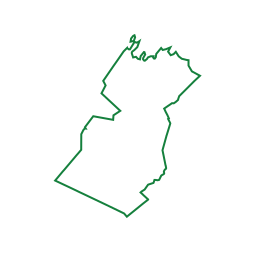 the district of Bristol, Massachusetts, United States of America, rotated 231°
{"feature_id": "52423323B2218191316201", "entity_name": "Bristol", "entity_type": "district", "adm_level": 2, "iso_a3": "USA", "parent_name": "United States of America", "parent_adm1": "Massachusetts", "projection": "robinson", "projection_center": [-71.113, 41.795], "detail": "fine", "context": "isolated", "style": "outline", "palette": "green", "viewbox_px": 256, "rotation_deg": 231, "n_neighbors": 0, "source": "geoboundaries", "source_scale": "gbopen_adm2", "svg_char_len": 2126}
<svg xmlns="http://www.w3.org/2000/svg" viewBox="0 0 256 256"><g transform="rotate(231 128 128)"><path d="M97.9,153.3L103.6,161.8L105.0,163.8L105.3,163.9L106.1,164.1L108.5,164.6L109.8,164.9L109.7,165.8L113.1,166.7L115.1,167.1L117.1,167.5L119.7,168.2L119.8,168.2L120.3,168.3L120.3,168.7L119.9,173.9L119.8,174.6L119.6,177.7L119.6,177.8L118.4,179.1L118.2,181.4L118.3,184.0L118.4,184.7L119.1,185.5L120.6,188.0L120.6,188.5L122.8,209.5L123.3,216.8L131.8,213.3L138.4,214.3L142.6,217.7L144.0,216.4L146.9,214.2L147.9,213.4L151.8,212.5L157.1,213.1L156.7,209.9L157.7,207.0L162.1,207.2L164.0,211.6L165.3,207.2L166.8,204.1L169.3,204.1L167.8,196.6L165.5,194.1L165.1,192.5L165.6,191.9L166.9,191.9L167.7,193.0L169.4,190.9L170.3,188.0L169.7,186.1L169.7,183.7L169.7,183.4L170.4,182.9L172.1,183.0L172.9,184.0L174.3,187.6L176.6,188.5L177.0,188.2L175.9,183.1L173.8,180.5L175.6,179.2L178.3,179.0L179.6,176.4L183.6,177.9L184.4,178.6L184.7,179.5L184.6,181.9L184.6,182.0L185.0,186.1L187.0,189.4L188.3,191.5L188.4,190.0L189.1,188.2L190.8,187.3L187.9,179.0L188.5,178.2L190.6,177.6L190.8,177.7L190.3,172.9L187.1,162.0L185.5,156.3L180.2,138.4L175.2,137.4L171.6,129.2L146.2,132.8L147.0,124.7L143.7,121.6L159.0,108.4L155.7,95.0L154.2,94.8L154.5,94.5L154.7,94.0L154.8,93.7L154.5,92.0L153.4,89.6L152.6,87.8L140.5,77.9L139.4,72.0L139.3,71.3L135.6,52.0L135.3,50.0L133.0,38.3L125.1,42.1L118.9,45.1L111.6,48.6L109.2,49.7L105.7,51.4L101.1,53.6L82.5,62.5L64.0,71.2L59.8,71.3L59.8,76.8L59.8,77.4L59.8,89.9L59.8,92.3L59.7,98.6L59.8,98.7L61.0,98.5L61.7,98.4L62.4,98.3L63.7,98.1L63.9,98.1L64.4,98.0L66.3,97.7L66.8,97.7L70.0,97.2L70.1,98.6L69.7,102.2L70.4,104.7L70.5,105.0L71.3,107.9L71.2,108.3L69.3,113.2L69.4,113.5L71.0,115.9L70.5,116.5L70.0,117.0L68.7,118.2L68.1,119.6L70.1,123.9L70.1,124.1L70.0,124.6L70.0,125.2L69.8,126.0L69.7,126.5L69.7,127.0L70.0,127.6L70.9,128.1L71.3,128.2L71.8,128.8L72.5,130.5L72.4,131.7L72.8,132.4L75.2,133.7L75.3,133.7L75.6,133.8L83.4,137.9L89.0,140.8L97.5,152.7L97.7,152.9L97.9,153.3ZM193.5,184.3L192.0,187.3L194.0,190.6L196.0,191.4L196.1,191.1L196.3,189.9L195.6,186.7L193.5,184.3Z" fill="none" stroke="#15803d" stroke-width="2"/></g></svg>